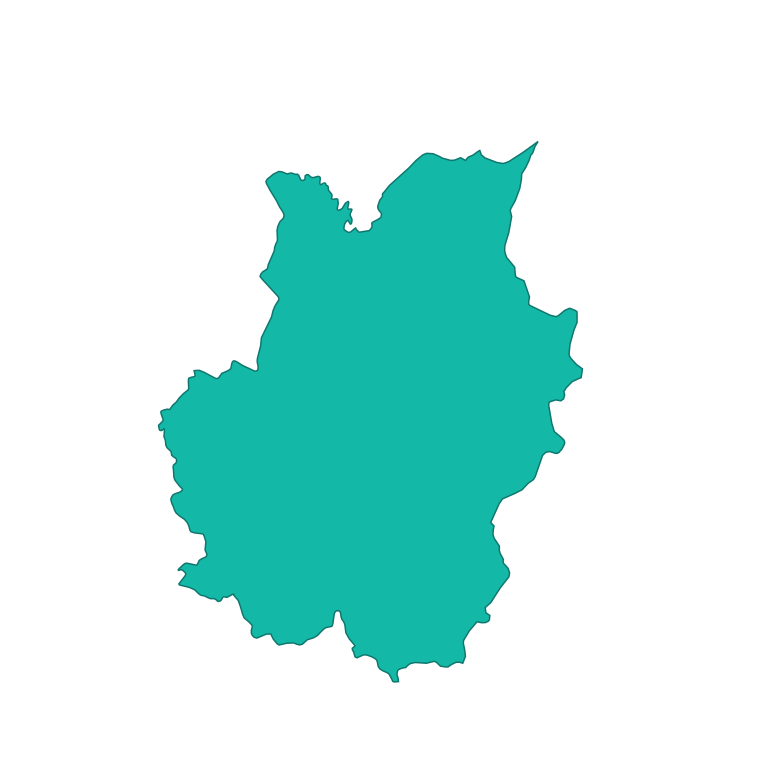 the district of Krong Nang, Đắk Lắk, Vietnam, rotated 204°
{"feature_id": "81297802B49219208970184", "entity_name": "Krong Nang", "entity_type": "district", "adm_level": 2, "iso_a3": "VNM", "parent_name": "Vietnam", "parent_adm1": "Đắk Lắk", "projection": "robinson", "projection_center": [108.434, 12.998], "detail": "fine", "context": "isolated", "style": "filled", "palette": "teal", "viewbox_px": 768, "rotation_deg": 204, "n_neighbors": 0, "source": "geoboundaries", "source_scale": "gbopen_adm2", "svg_char_len": 6170}
<svg xmlns="http://www.w3.org/2000/svg" viewBox="0 0 768 768"><g transform="rotate(204 384 384)"><path d="M341.9,668.2L351.1,652.3L360.4,638.0L364.6,634.0L370.8,632.3L383.8,631.6L388.2,632.9L391.5,636.3L392.8,634.5L395.8,629.3L399.3,625.5L400.6,621.3L406.0,621.9L410.6,617.2L414.0,615.4L422.2,614.1L426.5,614.4L432.9,614.3L438.8,612.1L441.8,609.0L445.7,601.1L449.1,591.6L459.8,567.6L461.8,559.9L462.7,557.2L461.5,554.3L462.6,550.3L462.1,544.5L461.8,543.3L460.8,541.8L459.8,540.9L455.5,538.6L454.6,534.9L456.6,531.7L460.1,527.4L460.6,526.0L458.9,523.0L459.1,520.3L459.9,518.1L468.5,512.5L472.0,513.8L473.4,515.0L474.0,514.1L476.3,509.3L478.0,508.0L481.0,508.3L483.6,509.1L484.6,511.9L485.0,514.3L484.6,517.2L483.5,518.9L479.9,516.4L479.3,516.7L479.1,518.0L479.6,519.9L480.4,521.6L483.3,524.2L484.1,525.5L484.1,529.0L484.3,530.4L485.1,530.5L487.7,529.2L488.7,530.0L489.9,535.3L490.8,536.2L491.2,536.0L492.8,533.5L493.6,527.2L495.4,524.9L496.3,524.0L497.5,524.4L498.1,525.3L499.3,530.5L501.4,533.9L502.4,534.0L504.1,533.1L505.3,532.1L506.6,531.8L507.2,531.9L508.2,535.1L509.0,536.2L513.1,538.2L514.1,539.4L515.4,541.7L516.2,542.1L516.9,542.0L517.9,542.3L519.0,543.5L519.9,543.5L521.0,542.8L522.6,540.6L523.2,540.4L524.0,540.9L524.6,541.9L525.5,545.1L526.2,546.5L526.9,547.0L528.0,547.1L529.0,546.7L532.5,543.8L534.0,543.3L535.4,543.4L538.2,544.4L539.5,544.0L540.7,542.4L540.4,541.2L539.5,539.0L539.5,538.5L540.5,537.3L541.7,536.6L542.5,536.5L543.6,537.1L546.8,540.0L548.5,540.4L550.5,539.4L553.9,539.2L555.2,538.7L557.9,536.5L563.6,536.3L566.5,535.4L570.3,530.9L574.0,523.6L574.2,521.0L573.0,519.4L566.4,514.3L557.0,507.9L551.0,503.0L546.3,500.0L544.7,498.5L543.9,497.3L543.3,494.8L545.1,489.8L545.1,484.5L544.1,480.6L540.4,473.3L539.6,471.0L539.8,468.6L539.5,464.4L538.4,460.9L538.3,446.1L537.5,442.6L537.7,441.2L540.4,437.2L541.2,434.4L541.0,431.9L538.6,430.5L516.1,420.7L514.7,419.3L514.4,417.7L515.3,411.5L515.2,406.2L514.0,399.4L514.8,376.4L512.2,368.6L510.0,355.6L508.9,352.7L506.6,349.5L505.4,347.2L505.1,345.3L505.7,344.1L507.2,343.2L520.7,343.4L527.6,344.4L529.5,344.4L530.9,343.9L531.4,342.7L531.4,340.9L530.2,335.7L531.8,332.9L536.6,327.6L537.4,323.0L538.2,321.4L540.0,320.6L553.0,321.5L558.1,321.4L561.5,319.8L562.9,318.9L560.2,315.3L559.9,314.3L560.7,313.2L562.4,312.1L564.5,310.2L564.6,309.0L563.8,306.9L560.6,300.5L560.5,298.9L563.2,293.9L565.4,287.9L566.4,283.0L568.3,278.9L568.9,276.3L569.2,273.9L569.8,273.4L571.7,272.9L574.8,270.5L576.2,268.8L576.5,268.4L576.5,267.7L575.3,265.9L571.4,261.8L571.0,261.1L571.2,259.5L573.1,254.8L573.0,254.2L570.7,251.0L570.1,250.6L568.8,250.7L567.7,251.7L567.1,253.5L566.4,253.4L565.7,252.3L563.6,246.4L561.1,244.0L558.4,239.4L556.6,237.8L555.6,237.3L551.0,235.7L549.2,232.8L548.8,232.5L547.0,231.9L543.9,231.4L543.0,230.9L542.0,228.9L541.9,227.7L542.2,226.6L543.3,224.4L543.0,222.5L541.2,219.5L538.0,213.4L536.3,211.5L535.1,210.7L529.1,207.5L525.6,206.2L525.2,205.5L525.3,204.5L525.9,203.1L526.8,201.9L530.2,198.8L531.6,196.9L532.0,195.2L532.0,192.6L531.1,190.9L528.8,188.2L527.6,187.3L523.5,183.1L521.2,181.5L516.7,180.2L511.2,179.2L507.5,177.4L506.2,176.4L504.4,174.7L501.8,171.5L500.5,170.6L499.3,170.6L496.7,170.9L489.1,173.2L488.5,173.2L487.8,173.0L486.7,172.2L482.6,167.5L479.9,159.5L477.4,157.3L476.5,156.2L476.2,155.6L476.2,154.2L477.0,152.9L479.4,150.2L480.6,148.5L481.1,147.3L481.1,144.1L481.3,142.5L482.0,142.1L490.1,140.4L492.2,139.7L493.5,138.0L495.9,132.5L496.4,130.6L496.3,130.3L495.8,130.2L493.9,131.8L492.4,132.0L489.6,131.1L487.9,130.1L487.6,129.1L487.8,127.4L490.1,117.9L489.1,117.2L479.3,119.0L473.3,119.0L467.3,116.8L465.1,116.6L461.5,117.4L458.3,117.2L455.3,117.3L452.0,118.8L449.1,118.6L448.0,117.9L447.1,117.9L445.2,119.3L444.8,120.3L444.5,123.7L443.7,124.5L440.7,125.2L436.5,130.6L435.7,130.8L435.4,130.0L429.0,126.9L424.3,121.9L419.8,116.5L416.5,113.4L411.2,111.9L406.9,110.2L405.6,108.8L405.1,105.3L403.8,102.4L402.4,101.0L399.7,99.8L396.8,100.2L389.8,107.6L385.8,109.6L381.2,105.8L376.0,103.2L373.7,102.9L367.6,107.5L361.3,110.7L357.8,110.8L355.0,111.3L352.7,113.1L350.1,119.1L345.0,123.6L342.5,127.2L340.0,134.2L338.8,136.6L337.6,138.2L333.1,141.3L333.0,142.6L333.2,144.1L335.8,153.2L336.1,154.9L335.7,156.5L334.9,157.7L332.8,158.5L331.0,157.7L329.7,155.9L328.5,153.8L326.7,151.9L323.7,150.1L321.6,147.8L317.7,141.3L312.0,137.0L305.1,133.7L304.2,132.9L304.3,131.9L305.4,129.9L305.3,129.1L304.7,128.3L302.4,126.5L299.7,123.1L298.0,122.8L297.3,122.9L292.4,128.3L289.2,129.5L284.3,129.8L281.0,129.6L278.4,128.9L276.9,127.2L274.4,123.6L271.8,122.0L267.9,121.5L263.9,121.6L261.5,121.1L258.6,119.0L255.0,115.9L253.5,116.0L249.7,118.0L251.7,121.3L253.9,123.6L254.8,126.7L254.8,128.5L253.6,130.1L251.4,132.2L248.8,133.8L248.0,136.4L246.2,139.4L242.1,142.3L231.6,146.2L225.3,151.1L222.9,151.1L217.7,149.2L212.1,150.7L210.3,151.7L208.7,154.6L205.1,159.0L201.8,160.6L198.5,160.9L198.8,168.3L201.9,173.5L206.3,179.8L207.0,182.5L205.6,193.4L202.3,204.6L197.5,205.7L194.2,207.4L192.2,209.8L191.8,211.4L193.2,215.6L197.9,216.5L200.6,220.9L197.5,227.9L194.8,245.4L191.5,258.6L192.4,262.5L195.7,266.1L202.0,268.9L202.9,270.0L203.6,272.3L209.3,276.8L211.1,279.1L212.6,282.8L220.7,287.9L223.4,291.1L225.0,295.7L225.7,299.0L230.2,300.9L230.1,321.7L229.0,327.3L219.8,337.4L214.9,343.5L211.9,352.0L208.6,357.5L208.2,361.0L210.1,383.2L208.4,387.5L205.0,389.7L199.3,390.4L197.4,391.2L196.3,392.8L195.1,396.5L194.7,400.9L195.0,403.8L196.7,405.9L200.0,407.2L209.1,409.8L214.7,416.3L224.9,431.6L225.8,434.3L224.5,435.9L222.5,437.6L220.9,439.2L215.6,440.6L213.9,443.4L214.5,447.4L216.6,450.2L215.9,455.0L213.1,462.6L209.5,466.9L206.5,470.0L208.8,478.5L216.2,480.1L223.4,483.3L225.8,484.8L227.3,487.1L230.3,496.2L232.4,510.4L232.7,518.8L235.4,525.0L237.2,528.6L239.6,529.0L245.2,528.7L248.8,524.8L252.6,517.2L254.3,515.5L260.2,514.4L282.6,515.1L284.1,515.6L285.4,518.3L286.4,522.6L298.1,535.2L305.3,535.3L307.2,535.5L308.8,537.8L312.2,543.9L323.3,549.4L326.4,552.6L328.2,555.3L329.9,559.7L331.6,573.0L335.5,588.9L339.2,593.7L339.5,595.8L338.7,604.9L339.5,617.8L341.7,626.8L343.7,632.0L342.6,639.5L342.4,647.3L343.0,652.7L342.1,655.6L342.7,662.1L341.9,668.2Z" fill="#14b8a6" stroke="#0f766e" stroke-width="1.5"/></g></svg>